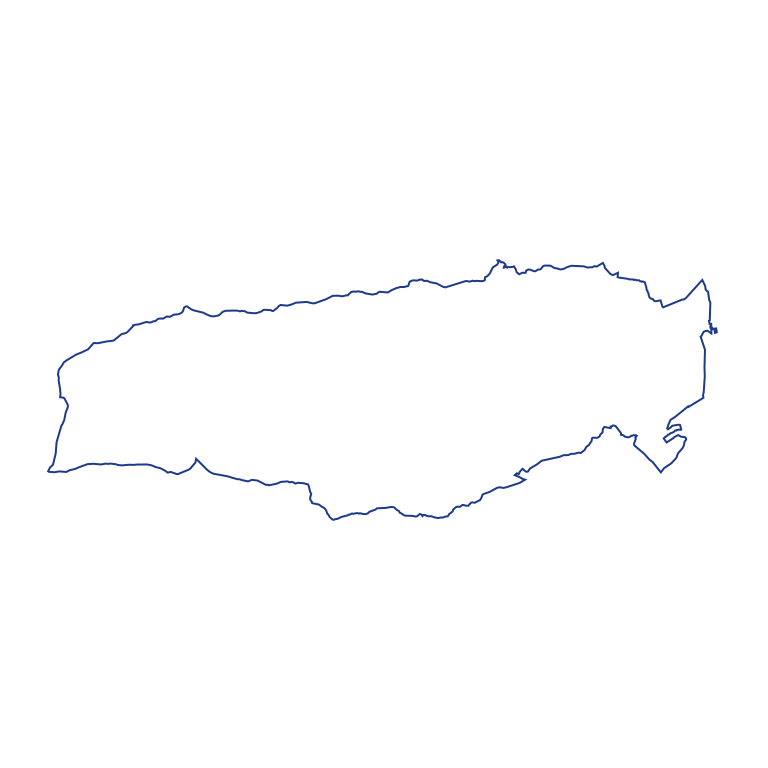 Horezu, Vâlcea, Romania, rotated 275°
{"feature_id": "2599482B98949202654469", "entity_name": "Horezu", "entity_type": "district", "adm_level": 2, "iso_a3": "ROU", "parent_name": "Romania", "parent_adm1": "Vâlcea", "projection": "albers", "projection_center": [23.988, 45.225], "detail": "fine", "context": "isolated", "style": "outline", "palette": "blue", "viewbox_px": 768, "rotation_deg": 275, "n_neighbors": 0, "source": "geoboundaries", "source_scale": "gbopen_adm2", "svg_char_len": 6129}
<svg xmlns="http://www.w3.org/2000/svg" viewBox="0 0 768 768"><g transform="rotate(275 384 384)"><path d="M504.1,698.8L505.9,696.3L509.6,695.4L515.4,692.0L496.2,677.5L494.5,675.7L494.1,673.7L484.7,655.4L485.4,654.6L491.4,652.2L490.1,647.4L490.5,645.7L492.2,644.2L492.2,642.8L493.2,641.1L495.4,640.0L497.5,639.6L498.4,638.7L499.9,638.3L500.5,637.5L503.2,636.9L508.1,634.9L508.6,633.2L508.4,632.0L508.7,631.9L508.6,630.3L509.5,629.2L509.3,626.8L509.8,625.5L509.4,623.6L509.9,622.9L509.6,619.1L510.0,618.2L510.5,608.7L510.9,607.4L515.2,607.4L512.4,602.6L512.8,601.2L513.3,600.0L518.9,593.9L520.7,593.5L523.7,591.5L519.5,585.6L519.7,583.3L518.4,581.2L518.2,578.8L517.7,577.1L518.6,572.7L518.1,560.3L516.3,556.1L514.2,552.6L513.5,550.0L514.4,545.0L514.3,543.7L516.0,540.5L516.4,539.1L515.9,533.4L515.2,532.2L512.3,530.3L511.6,529.0L511.3,527.2L509.6,525.1L509.4,523.7L510.7,519.4L510.6,517.8L509.4,515.8L507.1,515.4L506.9,512.3L505.1,509.0L507.0,506.4L509.8,505.2L512.5,503.2L511.8,501.7L511.3,499.2L511.5,497.4L510.6,496.5L511.7,494.7L510.6,493.9L510.4,493.2L511.9,493.5L512.7,494.9L513.7,494.5L515.1,492.9L515.7,491.6L515.4,490.1L516.3,489.5L516.3,488.6L517.2,488.0L517.3,487.3L517.0,486.3L515.7,487.5L512.9,486.5L509.7,482.3L503.2,479.7L500.4,477.5L499.1,475.3L496.4,475.4L495.7,474.7L495.0,473.2L494.8,466.9L494.4,465.4L494.6,463.0L493.7,461.4L493.5,459.6L493.8,456.7L485.6,436.7L486.2,433.7L488.8,427.6L489.4,421.4L490.6,417.7L490.1,415.1L491.5,412.5L491.0,411.1L491.1,410.3L489.9,408.1L489.8,403.7L488.2,400.7L483.8,399.6L482.4,395.6L482.1,392.1L480.8,388.3L478.2,383.5L475.5,379.8L475.5,371.7L474.8,370.4L473.3,368.9L472.1,364.7L472.6,358.0L473.9,353.8L473.8,352.4L474.1,350.5L473.5,347.8L473.4,345.0L472.7,343.2L469.2,340.2L468.9,338.1L468.0,335.9L467.7,333.9L468.0,330.9L467.4,325.3L463.3,318.7L458.3,307.8L458.2,305.4L459.0,299.7L457.3,289.1L454.9,284.4L453.6,280.7L453.7,274.1L452.7,272.6L450.1,270.7L447.2,267.4L446.9,266.3L447.7,264.8L447.5,257.9L445.3,255.0L443.5,250.8L443.2,248.8L443.2,241.5L444.3,239.3L444.4,237.9L444.4,235.4L443.8,234.1L444.3,231.7L444.1,228.3L443.1,219.8L441.8,217.0L438.6,214.1L437.6,212.5L436.5,208.3L436.5,205.6L437.8,201.3L439.3,197.7L440.7,188.4L441.5,185.6L444.2,181.0L443.8,179.5L442.7,178.2L438.9,177.3L437.7,176.5L436.8,175.5L435.5,172.8L434.7,168.4L432.3,165.1L432.3,161.8L429.8,158.1L429.9,156.7L429.3,153.3L426.8,150.8L426.3,148.7L425.0,146.3L424.8,145.1L425.1,141.9L421.9,134.1L421.5,131.5L420.5,128.8L419.9,129.1L413.2,123.7L412.4,122.6L410.7,118.1L403.7,110.9L402.1,103.7L399.7,95.4L399.5,91.2L392.8,86.2L389.2,80.2L386.4,74.7L379.7,65.4L377.4,63.0L374.3,61.6L370.0,58.9L365.2,58.3L362.1,59.5L358.9,59.6L351.5,61.6L345.9,62.6L342.6,62.5L342.4,65.9L341.9,66.8L335.9,70.7L333.8,71.1L327.7,69.4L320.3,68.6L316.0,67.2L314.5,66.3L297.6,62.9L286.2,63.0L274.8,61.3L271.7,58.6L267.8,57.0L267.4,57.6L267.3,58.7L267.4,63.4L268.6,68.0L268.7,75.2L270.9,78.8L272.5,83.9L273.8,86.0L278.3,95.6L279.2,101.6L279.2,109.2L280.4,113.6L280.4,116.6L280.9,118.4L280.7,123.6L280.1,126.3L280.1,130.2L281.3,136.6L281.6,141.4L282.3,145.5L283.2,155.2L282.7,159.6L281.3,163.9L280.6,168.7L278.4,173.8L276.9,176.1L277.8,179.3L276.2,185.4L276.3,186.6L281.8,197.2L283.0,198.5L289.4,203.0L293.1,203.4L283.1,215.3L281.1,218.4L279.8,221.7L278.4,236.2L276.4,246.0L276.5,248.6L276.0,250.2L275.2,256.3L275.3,257.5L277.0,260.7L276.8,266.3L273.2,275.3L273.5,276.6L273.1,278.4L275.4,285.9L277.5,289.9L278.6,296.5L277.8,298.5L278.4,300.3L278.3,301.8L277.1,304.3L278.1,307.0L278.1,312.8L277.3,317.1L276.0,317.9L270.2,319.8L268.3,321.1L263.8,320.3L261.7,321.0L260.6,322.3L259.4,322.4L259.0,323.2L258.2,329.8L256.4,332.6L255.3,335.3L253.3,337.3L249.9,338.8L249.0,340.0L246.6,341.6L244.5,344.4L244.3,345.5L245.4,348.0L245.4,349.0L247.9,353.3L250.1,359.5L250.6,359.9L250.8,361.0L252.2,363.4L252.0,364.5L253.1,368.6L252.7,370.4L253.2,371.3L252.6,374.7L252.8,377.3L253.7,379.1L255.4,380.6L258.2,386.5L259.5,387.7L260.9,397.6L261.4,398.7L262.2,402.3L262.0,404.9L259.6,407.8L258.9,409.8L257.1,411.0L256.9,412.0L255.0,415.4L254.7,416.7L255.1,423.8L254.7,427.4L255.0,428.3L257.7,431.1L257.0,433.0L255.8,433.8L256.9,434.6L257.2,436.1L256.4,437.7L256.1,440.1L256.4,442.4L255.3,447.3L255.2,449.8L256.0,452.3L256.0,454.1L257.1,456.3L257.7,458.7L258.2,459.4L260.1,460.3L262.9,463.4L265.0,463.9L267.5,466.3L268.0,467.2L268.4,470.5L270.3,472.7L270.4,473.7L269.9,476.1L270.1,478.6L273.4,481.1L273.8,482.5L273.6,484.8L276.8,489.8L278.7,490.8L282.4,491.8L283.1,492.8L285.7,498.6L290.5,505.8L291.2,508.4L290.9,512.1L291.8,514.9L297.2,527.6L301.0,532.9L301.6,530.2L303.0,527.3L304.6,522.2L306.7,524.2L305.9,525.9L306.2,526.3L308.6,527.0L311.6,529.4L309.2,532.7L309.0,533.5L309.3,535.0L312.5,536.8L317.4,543.6L321.3,547.7L326.7,565.1L328.7,569.1L329.3,574.0L330.6,576.0L331.2,580.1L332.6,583.8L332.5,586.1L335.7,589.6L338.9,591.0L341.2,593.5L345.2,595.7L348.2,596.0L348.7,596.7L349.0,601.2L350.5,603.3L352.3,603.8L354.9,606.0L358.3,605.9L360.4,607.2L359.8,613.6L361.4,613.5L361.3,614.4L362.5,615.3L362.6,617.4L362.1,618.6L355.8,624.3L354.0,624.6L353.9,626.8L352.5,628.7L352.1,632.0L353.2,634.1L354.0,634.8L354.1,635.9L354.9,637.3L354.6,638.0L354.9,639.2L354.4,640.3L352.4,639.1L351.0,639.6L346.9,638.3L344.7,638.6L337.1,649.4L331.9,654.9L329.6,658.5L320.1,667.5L324.5,670.3L330.0,677.1L335.8,681.6L340.5,682.9L346.3,687.1L349.3,688.2L352.6,688.4L354.9,689.8L356.3,689.6L357.3,688.4L357.4,684.3L358.8,681.6L356.7,678.2L355.0,676.6L350.4,670.6L354.1,667.4L356.1,669.1L356.5,670.0L358.2,671.3L358.5,672.3L359.9,673.6L360.1,674.5L361.5,676.9L363.0,678.0L363.1,679.4L363.7,679.7L364.5,683.0L364.2,683.8L364.6,684.1L369.0,682.5L369.1,680.8L367.5,674.8L365.7,673.4L363.6,670.7L364.3,670.0L368.2,670.8L373.3,672.6L376.7,677.0L388.2,688.9L387.7,689.3L398.1,703.4L400.5,702.8L403.9,703.2L419.4,702.9L428.7,701.8L446.0,700.8L458.8,695.3L459.4,696.0L463.7,697.8L464.8,699.6L465.2,701.7L462.9,705.7L466.9,705.3L467.4,708.6L463.8,709.2L464.5,711.0L468.3,710.1L467.5,706.0L468.5,705.9L468.2,704.5L469.9,704.0L470.4,705.0L472.5,704.7L472.2,703.1L475.4,702.2L475.8,703.0L493.5,702.0L496.2,700.6L504.1,698.8Z" fill="none" stroke="#1e3a8a" stroke-width="2"/></g></svg>